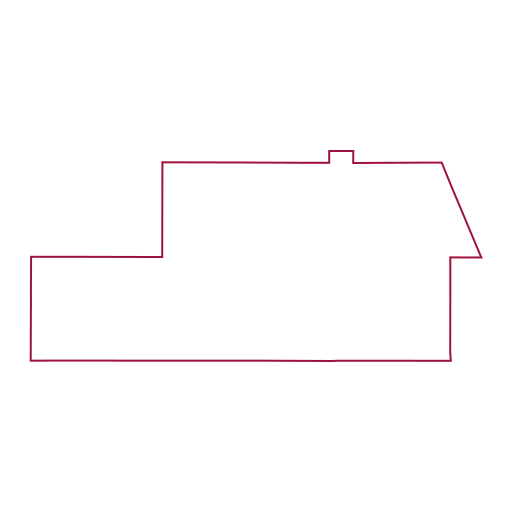 the district of Cibola, New Mexico, United States of America
{"feature_id": "52423323B12149519863623", "entity_name": "Cibola", "entity_type": "district", "adm_level": 2, "iso_a3": "USA", "parent_name": "United States of America", "parent_adm1": "New Mexico", "projection": "robinson", "projection_center": [-108.196, 34.963], "detail": "fine", "context": "isolated", "style": "outline", "palette": "rose", "viewbox_px": 512, "rotation_deg": 0, "n_neighbors": 0, "source": "geoboundaries", "source_scale": "gbopen_adm2", "svg_char_len": 524}
<svg xmlns="http://www.w3.org/2000/svg" viewBox="0 0 512 512"><path d="M31.1,256.8L30.9,292.6L31.0,296.5L30.9,300.4L31.0,304.4L30.9,308.3L30.7,360.7L44.3,360.7L45.0,360.6L266.6,360.7L331.7,361.0L339.3,360.7L450.8,360.8L450.2,352.6L450.3,301.3L450.3,257.4L481.3,257.5L451.3,186.1L441.7,162.6L425.7,162.6L353.2,163.0L353.3,151.0L329.2,151.0L329.2,162.8L306.3,162.8L243.3,162.5L162.4,162.3L162.4,164.3L162.4,166.1L162.2,257.0L154.6,257.0L150.9,257.0L75.5,256.8L31.1,256.8Z" fill="none" stroke="#9f1239" stroke-width="2"/></svg>